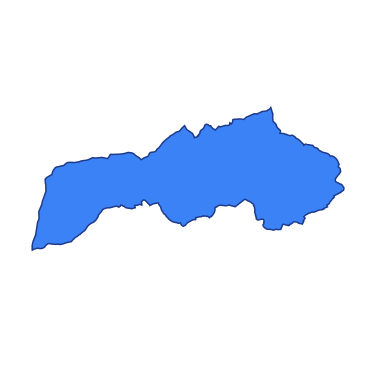 outline of Meresti, Harghita, Romania, rotated 198°
{"feature_id": "2599482B24897883933358", "entity_name": "Meresti", "entity_type": "district", "adm_level": 2, "iso_a3": "ROU", "parent_name": "Romania", "parent_adm1": "Harghita", "projection": "albers", "projection_center": [25.555, 46.251], "detail": "fine", "context": "isolated", "style": "filled", "palette": "blue", "viewbox_px": 384, "rotation_deg": 198, "n_neighbors": 0, "source": "geoboundaries", "source_scale": "gbopen_adm2", "svg_char_len": 6029}
<svg xmlns="http://www.w3.org/2000/svg" viewBox="0 0 384 384"><g transform="rotate(198 192 192)"><path d="M143.2,296.7L143.7,295.0L145.4,293.1L146.0,292.1L149.2,290.7L150.3,290.1L154.3,286.3L156.5,285.8L157.5,285.3L163.4,280.0L164.6,277.9L165.4,276.9L167.3,276.7L169.7,276.1L171.1,275.4L175.0,273.9L175.6,273.2L175.1,271.8L175.4,269.0L177.4,269.5L177.3,268.6L176.9,267.8L176.9,267.5L177.2,267.2L178.3,266.6L179.1,266.0L180.5,265.8L181.4,265.3L184.8,262.9L185.9,262.6L186.8,262.8L187.0,262.5L188.2,259.6L189.1,258.0L189.9,258.5L192.0,258.7L192.4,259.2L193.9,259.9L194.3,260.4L194.7,260.8L195.8,260.2L197.6,261.1L199.5,260.8L199.8,260.1L200.5,259.5L200.4,258.5L200.5,257.5L200.9,255.6L201.5,255.1L201.8,254.4L202.5,253.6L202.9,252.2L203.0,251.5L202.7,251.3L202.7,250.7L202.9,249.5L203.4,248.8L203.5,247.9L203.2,247.8L203.3,247.2L204.1,247.0L204.2,246.8L203.9,246.3L203.9,246.1L205.9,245.0L206.4,244.4L207.0,245.2L209.7,247.9L215.8,249.6L216.4,249.9L219.6,252.8L221.5,249.3L222.2,247.2L222.9,245.9L223.6,245.2L224.9,244.5L225.7,243.9L227.8,240.8L229.8,238.9L230.7,237.2L233.2,233.4L235.0,230.2L236.8,224.7L237.3,223.6L238.4,222.2L238.8,220.3L239.3,219.4L240.5,218.3L243.2,217.1L243.9,216.6L244.4,215.4L244.6,213.4L244.9,212.5L245.8,211.5L247.9,209.9L250.5,206.9L252.8,208.3L257.0,209.3L259.3,210.4L261.1,210.6L264.6,210.0L265.9,209.3L267.1,208.4L270.3,206.6L274.5,204.8L276.3,204.3L279.0,203.2L281.3,202.6L281.5,201.4L282.0,199.2L282.5,198.1L283.1,197.6L288.2,197.1L294.4,194.4L297.2,193.9L299.9,191.3L301.3,190.2L302.4,189.5L304.2,188.7L307.1,187.2L307.8,186.7L308.3,186.1L312.6,183.8L317.0,182.6L319.1,181.7L320.4,180.7L321.6,178.6L322.3,177.5L325.2,175.9L326.4,175.0L328.4,174.0L329.1,173.4L329.8,172.3L330.6,169.8L330.8,167.7L330.6,165.5L334.8,160.7L335.3,159.3L335.6,158.8L334.1,155.0L333.1,153.3L331.9,149.6L331.1,147.8L331.4,136.3L331.0,134.4L331.1,132.6L331.6,126.0L329.7,120.8L329.2,118.9L329.5,115.6L327.5,103.2L327.5,102.8L327.2,102.5L327.4,102.3L327.6,99.5L327.8,98.6L327.6,97.4L327.9,96.5L327.7,94.6L327.8,94.3L327.3,91.0L327.1,91.0L326.9,90.2L326.5,89.6L326.6,89.3L326.4,88.2L325.9,87.3L324.5,88.9L321.7,90.8L318.7,91.3L316.6,92.4L316.4,92.9L316.1,93.0L315.0,94.2L314.8,95.4L314.4,96.3L313.7,97.4L312.8,98.4L311.9,98.8L308.4,99.3L307.2,99.8L305.6,100.0L303.0,101.1L301.9,101.1L301.1,101.4L299.2,102.4L295.3,105.3L293.8,106.1L293.4,106.5L291.5,107.4L291.3,107.7L290.9,109.0L288.8,112.9L288.1,113.7L287.3,114.4L286.4,116.3L285.4,117.0L284.3,119.1L281.9,122.6L280.7,127.2L280.3,128.1L279.1,130.0L277.7,131.6L276.5,132.6L275.4,134.3L274.7,135.7L273.8,138.9L273.7,141.7L272.3,144.9L271.4,147.7L270.6,148.8L268.2,150.5L265.2,151.7L263.8,152.5L261.2,154.3L259.9,154.9L259.7,155.2L258.8,155.4L257.6,155.0L257.0,155.0L256.6,155.2L256.6,155.4L255.7,156.6L255.5,157.7L254.1,157.7L253.2,157.3L251.8,157.3L250.7,156.7L250.0,156.6L249.2,156.8L248.2,156.8L246.0,157.3L244.2,157.4L241.7,159.2L241.1,159.5L241.3,160.0L242.5,161.1L242.1,161.7L241.2,162.1L239.8,162.4L238.6,163.7L236.9,164.2L235.7,164.0L235.8,164.9L236.2,165.4L236.6,166.2L237.2,167.0L235.7,169.4L235.1,169.6L233.6,169.4L229.2,167.0L228.5,166.8L227.9,166.1L225.4,168.7L220.9,171.2L219.1,169.4L217.1,168.1L216.3,166.6L214.6,164.6L213.4,163.9L212.4,162.7L211.2,162.5L209.9,161.7L209.5,161.7L208.8,160.6L207.4,160.2L205.9,159.1L205.2,158.9L204.8,158.6L201.6,157.8L200.5,157.7L199.0,157.8L198.7,158.0L197.6,157.9L197.2,158.2L195.2,158.0L193.5,159.0L192.0,157.4L190.4,156.8L189.6,156.8L188.2,158.1L186.7,161.5L182.5,165.9L180.1,166.8L180.1,167.7L180.7,168.4L180.6,168.6L177.2,170.8L175.6,171.3L175.0,172.0L174.6,172.2L174.3,172.6L173.4,172.6L172.9,173.0L171.9,173.3L170.5,173.3L169.7,173.8L167.4,172.9L167.2,173.6L166.5,174.6L165.8,174.7L165.8,175.5L165.1,176.7L165.1,177.1L164.6,178.5L164.4,180.2L164.8,183.0L165.2,183.7L165.3,184.3L164.8,184.9L163.9,185.3L163.8,185.9L162.1,187.6L161.5,188.1L155.3,189.4L152.9,191.0L146.4,191.3L139.6,201.4L138.0,201.3L136.0,200.8L134.9,200.8L132.6,200.4L132.0,200.0L130.5,199.6L129.4,199.0L129.3,198.3L129.0,198.1L128.9,197.7L128.2,197.5L127.9,196.7L127.2,195.4L126.8,195.1L126.7,194.4L126.3,193.2L126.2,192.2L125.8,191.6L124.7,190.5L124.8,190.0L124.3,189.4L124.0,189.3L123.8,188.5L123.3,188.2L122.9,187.6L123.0,187.1L122.7,186.7L122.5,186.2L121.1,185.7L120.3,185.8L117.7,187.5L116.0,188.1L114.5,187.0L114.4,186.8L114.5,185.3L114.1,184.9L114.2,184.7L113.9,184.4L113.9,184.0L114.0,183.5L114.3,182.8L113.8,181.6L112.8,180.9L110.8,180.1L109.3,179.8L105.1,180.8L102.6,180.9L100.9,182.3L98.2,183.0L96.0,183.8L95.6,189.2L95.1,189.6L90.0,189.8L89.1,190.4L89.4,191.0L87.4,192.7L86.9,193.5L86.4,194.6L85.9,195.1L85.1,195.4L82.7,195.8L81.1,195.3L77.1,195.6L76.7,198.5L77.4,198.8L76.9,199.6L76.4,202.1L77.1,202.4L78.0,203.1L76.8,205.3L76.4,205.8L75.6,206.4L75.2,207.0L74.2,208.1L73.2,208.6L71.9,209.9L70.3,210.3L68.2,211.7L66.5,213.4L64.1,214.9L63.3,215.0L62.7,215.4L61.3,216.7L61.7,217.0L58.5,219.8L59.0,220.3L59.7,221.4L58.6,222.3L58.0,223.1L57.8,223.8L57.8,224.9L57.5,225.8L57.2,226.2L56.7,227.6L56.6,228.2L56.2,229.4L55.9,229.4L55.3,230.6L55.2,231.0L55.6,231.4L55.4,232.1L55.7,232.2L55.8,232.4L52.9,235.0L51.3,236.9L50.3,237.5L50.1,238.5L48.4,240.5L48.5,241.7L48.8,242.9L51.2,244.9L52.7,245.5L54.0,245.4L56.4,245.9L57.9,246.0L58.5,246.3L59.1,246.9L59.5,247.9L59.5,249.7L57.6,254.8L56.9,257.2L58.5,260.2L60.7,261.1L60.7,264.0L61.5,264.3L61.7,265.0L63.6,267.0L65.3,268.3L68.0,269.4L69.1,269.4L69.8,269.6L71.0,269.2L71.7,268.9L73.0,269.9L75.0,270.5L80.6,270.2L81.7,270.6L83.7,270.8L84.7,271.2L85.7,272.2L87.3,272.4L89.0,272.2L90.6,273.0L91.4,273.6L92.0,273.6L93.8,273.2L95.0,273.2L96.7,272.7L98.4,272.7L99.0,272.5L99.4,272.1L100.2,270.9L101.0,272.0L105.9,274.4L107.1,274.9L109.6,275.3L110.0,275.4L110.3,275.9L112.6,276.7L113.8,276.9L114.5,276.9L116.2,275.9L117.3,275.8L118.9,275.8L119.6,276.0L121.8,275.8L122.6,276.0L123.9,275.6L126.5,275.1L126.3,275.9L126.6,277.1L127.0,277.8L131.2,279.9L132.8,282.1L134.0,283.0L136.9,284.4L138.0,287.0L139.4,291.5L141.2,293.7L141.7,294.7L143.2,296.7Z" fill="#3b82f6" stroke="#1e3a8a" stroke-width="1.5"/></g></svg>